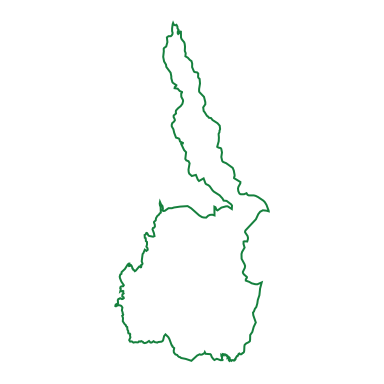 outline of Alto Amazonas, Loreto, Peru
{"feature_id": "86281439B99905701957938", "entity_name": "Alto Amazonas", "entity_type": "district", "adm_level": 2, "iso_a3": "PER", "parent_name": "Peru", "parent_adm1": "Loreto", "projection": "equal_earth", "projection_center": [-76.069, -4.915], "detail": "fine", "context": "isolated", "style": "outline", "palette": "green", "viewbox_px": 384, "rotation_deg": 0, "n_neighbors": 0, "source": "geoboundaries", "source_scale": "gbopen_adm2", "svg_char_len": 6053}
<svg xmlns="http://www.w3.org/2000/svg" viewBox="0 0 384 384"><path d="M257.3,303.5L257.8,300.0L259.4,295.2L260.1,288.5L261.7,282.4L257.3,284.3L255.2,284.2L251.7,283.3L249.3,281.9L245.8,280.6L245.8,279.3L246.9,277.7L246.9,277.0L243.8,274.3L242.9,272.8L242.9,271.8L244.8,267.9L245.1,266.0L244.5,264.2L241.6,258.8L241.5,254.0L242.1,251.9L244.6,247.6L243.5,243.9L243.6,241.6L244.4,241.3L247.2,241.5L247.9,239.2L248.0,237.9L247.6,236.1L245.1,232.3L245.1,231.4L245.5,230.4L255.9,219.3L258.3,214.1L260.2,211.7L262.9,210.3L266.6,210.7L268.7,211.3L268.6,210.6L266.5,204.9L264.8,202.1L263.3,200.6L258.1,197.1L255.7,195.9L253.8,195.4L248.8,195.4L247.5,194.8L246.5,193.2L244.2,194.2L242.6,194.3L240.4,194.2L239.4,193.5L238.3,191.1L238.0,188.6L238.4,186.9L240.3,183.4L240.4,182.0L234.1,178.2L234.1,177.2L234.6,176.1L234.6,175.0L233.8,170.6L232.7,167.9L226.2,163.2L223.0,161.9L222.2,160.9L221.3,157.0L222.0,152.5L221.3,149.0L220.7,148.1L218.4,147.6L217.2,146.8L218.7,141.3L218.9,137.6L218.6,133.9L219.5,132.1L219.5,130.8L220.1,129.1L219.7,125.7L217.5,123.2L212.5,120.0L211.1,118.1L208.8,117.7L208.1,116.6L206.9,115.8L204.6,112.1L203.7,111.1L203.2,107.4L205.3,104.3L205.3,102.1L204.0,96.9L199.4,92.1L199.1,91.3L199.1,89.0L200.0,83.5L199.6,78.9L198.5,77.9L198.1,77.0L198.2,73.5L197.1,72.4L194.9,72.1L194.0,71.6L192.1,67.1L192.2,63.7L191.5,61.1L189.8,59.9L187.8,57.7L185.4,56.3L185.7,53.2L184.8,50.9L185.0,46.7L184.7,44.0L184.2,42.3L181.7,39.3L181.0,37.6L180.9,31.7L180.0,31.5L179.1,33.2L178.2,34.0L177.8,33.5L177.7,32.0L178.5,29.8L177.5,28.4L177.4,26.6L176.8,25.4L176.4,24.8L175.4,25.3L174.3,25.0L173.7,24.4L173.1,23.0L172.7,24.1L172.1,28.4L172.1,31.2L172.6,32.7L172.5,34.0L171.8,35.3L170.8,36.2L168.5,36.2L166.9,37.4L167.4,42.1L166.2,46.5L164.2,47.9L163.7,48.7L163.8,51.4L163.2,56.9L164.1,61.5L166.0,64.6L166.3,66.9L170.6,72.7L171.3,76.3L171.3,78.2L172.4,82.2L173.1,83.0L176.4,85.2L176.3,85.7L174.8,87.1L174.6,88.2L177.7,88.7L179.7,91.0L182.0,92.0L182.0,92.5L181.2,93.6L181.3,96.8L182.9,99.8L183.1,101.0L182.4,103.8L180.7,106.1L178.1,108.2L176.0,110.5L175.8,111.9L176.0,113.5L173.7,115.5L173.6,117.0L174.7,119.2L174.9,120.2L174.1,121.5L172.2,123.2L171.7,125.0L171.8,126.5L173.4,129.3L174.2,132.8L176.0,137.6L178.8,138.5L179.4,139.2L180.0,141.5L182.9,142.9L182.8,143.4L181.3,143.3L181.1,143.7L184.1,150.1L186.1,152.2L185.3,158.9L186.3,160.4L188.5,161.2L189.6,163.3L188.5,169.6L188.7,172.0L189.2,173.6L191.8,176.0L195.9,174.9L197.8,179.6L199.0,181.0L203.6,178.4L205.5,183.5L206.2,184.2L208.4,185.2L209.8,186.4L212.5,190.3L213.8,191.6L219.6,195.3L222.5,198.5L223.6,200.6L226.6,200.9L231.2,204.4L232.0,205.6L231.8,209.0L227.6,206.3L226.2,206.3L221.4,207.6L217.5,210.4L216.6,209.9L215.4,207.2L214.4,206.7L214.5,215.4L212.3,214.7L209.9,214.9L208.2,215.7L206.2,217.6L203.8,217.5L202.0,217.1L199.2,215.4L191.2,208.3L187.6,206.1L180.1,206.6L174.0,207.5L171.9,208.2L168.5,208.2L164.8,210.8L163.4,211.0L162.8,210.7L162.6,210.1L162.9,208.6L162.5,206.1L161.0,204.3L160.0,201.9L159.7,203.5L160.0,205.6L160.6,206.6L160.8,212.6L159.5,213.6L159.1,214.5L157.3,216.0L156.0,218.2L155.7,220.4L154.1,221.8L154.0,222.6L154.8,224.6L154.9,226.5L154.2,227.6L153.0,228.0L152.5,229.3L153.9,233.1L154.5,236.1L153.1,236.7L149.0,235.9L148.4,235.4L147.2,233.2L146.7,232.9L146.2,233.1L145.7,234.4L144.6,235.0L144.8,237.8L145.7,238.2L145.9,241.1L147.0,242.0L147.0,244.6L146.4,246.7L147.5,248.2L147.7,249.8L146.4,250.9L144.8,249.7L143.4,253.1L142.6,254.1L141.7,261.3L142.5,263.5L142.2,264.5L141.0,265.2L141.3,266.4L141.1,267.2L140.6,267.3L139.6,266.4L139.2,266.5L135.8,270.6L134.8,271.2L133.8,269.9L133.3,269.8L132.8,268.7L132.4,268.5L132.3,267.6L131.5,265.7L130.9,265.0L130.3,264.8L129.8,266.0L129.0,266.1L128.7,265.5L129.4,264.8L129.4,264.3L129.4,263.5L129.0,263.5L127.8,264.4L124.9,269.0L121.6,272.1L121.4,273.9L120.3,274.5L119.7,276.7L120.0,278.2L121.3,281.5L123.8,285.2L123.2,286.2L121.3,286.4L120.5,287.0L120.2,288.2L120.8,288.9L120.3,291.3L120.8,290.9L121.4,291.3L123.0,290.9L123.3,291.1L123.2,292.7L123.6,293.5L122.4,294.4L122.3,295.9L122.3,296.5L123.6,297.3L123.8,298.1L122.7,299.0L121.9,299.1L120.1,298.2L119.4,298.8L118.5,298.9L117.8,300.1L118.1,303.2L115.7,304.6L115.3,306.0L115.9,306.3L116.9,305.5L117.5,305.6L118.6,305.1L120.4,305.5L121.3,305.9L122.4,307.5L121.9,310.3L122.7,312.7L122.7,313.6L123.2,314.4L123.0,315.2L122.2,315.8L123.0,318.0L122.8,321.3L124.8,324.3L125.8,325.1L126.2,326.4L127.2,327.0L127.4,329.6L128.2,331.0L128.2,332.6L128.5,333.4L129.8,333.6L130.2,334.2L130.0,335.5L130.4,337.4L129.2,340.1L130.1,341.6L131.8,341.4L133.4,342.6L135.1,342.2L137.7,342.4L138.4,342.2L139.0,341.4L140.6,341.6L141.2,341.1L142.9,341.9L143.4,342.7L144.7,343.1L146.6,342.6L149.0,341.0L150.4,342.5L151.7,342.5L153.6,341.2L154.7,342.1L157.3,342.6L158.3,342.0L161.4,341.7L162.5,341.1L163.1,340.2L164.1,336.1L165.5,334.4L168.3,337.1L169.4,339.1L171.6,345.1L172.3,345.6L172.3,346.5L174.2,348.1L173.7,350.8L173.9,352.5L175.4,354.4L177.2,355.0L178.0,356.1L179.3,357.1L180.2,357.2L181.1,358.0L185.7,358.9L191.4,360.8L197.2,355.5L199.7,354.3L200.7,354.7L201.9,354.6L204.4,353.2L204.8,352.2L205.6,353.8L210.4,354.2L211.0,354.9L211.7,356.9L213.2,358.9L214.4,360.0L216.8,358.8L220.6,360.2L222.5,360.1L222.6,359.8L222.0,359.2L221.9,358.5L222.1,357.5L221.4,356.1L221.3,354.7L222.3,355.2L223.0,355.1L223.0,355.4L223.3,355.1L223.2,354.6L223.7,354.9L223.7,354.2L225.0,354.4L225.6,355.0L225.8,354.7L227.0,355.4L227.1,356.5L228.0,357.0L227.9,357.3L228.2,357.1L228.3,357.6L228.6,356.9L229.1,357.3L229.0,357.8L229.6,357.9L229.8,359.4L229.4,359.3L229.5,359.6L229.3,359.5L229.1,360.0L229.4,360.2L229.2,360.6L229.5,361.0L230.8,360.1L231.4,360.8L232.1,360.2L232.8,360.1L233.4,360.5L234.0,360.5L234.5,359.8L234.8,360.1L235.5,359.3L235.6,358.8L235.4,358.6L236.9,356.1L237.6,356.1L238.7,353.8L239.5,353.5L240.1,354.3L241.5,354.2L242.5,353.1L243.2,352.9L243.9,352.1L244.2,350.9L244.4,346.1L244.7,344.8L246.2,343.4L248.5,342.3L249.8,341.3L250.1,339.7L250.2,335.0L252.3,332.0L253.7,326.9L255.8,322.5L253.3,315.3L253.0,312.6L253.9,311.5L254.9,308.8L256.3,307.0L257.3,303.5Z" fill="none" stroke="#15803d" stroke-width="2"/></svg>